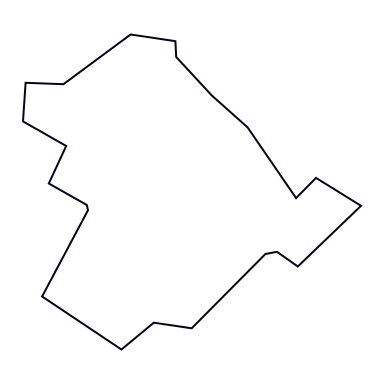 Lynchburg, Virginia, United States of America
{"feature_id": "52423323B93399406998966", "entity_name": "Lynchburg", "entity_type": "district", "adm_level": 2, "iso_a3": "USA", "parent_name": "United States of America", "parent_adm1": "Virginia", "projection": "orthographic", "projection_center": [-79.19, 37.401], "detail": "fine", "context": "isolated", "style": "outline", "palette": "ink", "viewbox_px": 384, "rotation_deg": 0, "n_neighbors": 0, "source": "geoboundaries", "source_scale": "gbopen_adm2", "svg_char_len": 388}
<svg xmlns="http://www.w3.org/2000/svg" viewBox="0 0 384 384"><path d="M175.4,41.2L130.6,34.5L63.4,84.2L25.6,82.8L23.0,121.4L66.2,146.0L48.8,183.5L86.8,205.0L88.0,210.2L42.1,296.5L121.4,349.5L153.8,322.7L191.7,328.3L265.4,254.0L277.0,251.8L297.8,266.5L361.0,205.8L316.0,177.9L296.1,198.1L247.6,127.4L211.8,95.5L176.2,57.0L175.4,41.2Z" fill="none" stroke="#020617" stroke-width="2"/></svg>